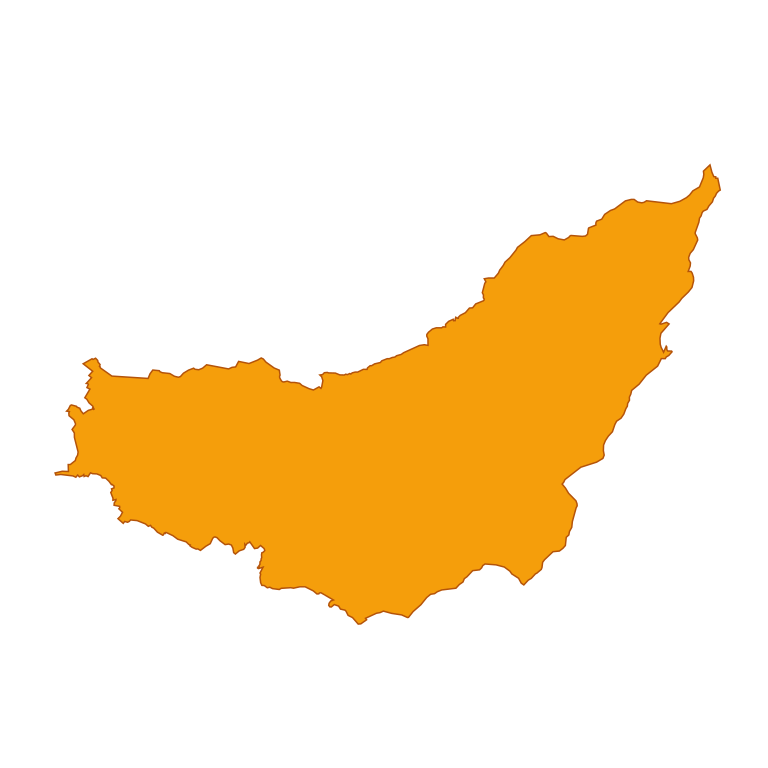 Baisoara, Cluj, Romania (Equal Earth projection), rotated 184°
{"feature_id": "2599482B38927936473335", "entity_name": "Baisoara", "entity_type": "district", "adm_level": 2, "iso_a3": "ROU", "parent_name": "Romania", "parent_adm1": "Cluj", "projection": "equal_earth", "projection_center": [23.394, 46.564], "detail": "fine", "context": "isolated", "style": "filled", "palette": "amber", "viewbox_px": 768, "rotation_deg": 184, "n_neighbors": 0, "source": "geoboundaries", "source_scale": "gbopen_adm2", "svg_char_len": 6112}
<svg xmlns="http://www.w3.org/2000/svg" viewBox="0 0 768 768"><g transform="rotate(184 384 384)"><path d="M109.9,583.9L134.9,585.1L137.2,583.4L139.5,582.7L143.6,583.2L147.4,585.6L150.2,585.4L156.0,583.5L166.2,574.7L170.2,572.9L175.7,568.6L178.3,563.6L183.3,561.3L183.9,559.4L183.7,557.3L190.5,554.1L190.9,553.5L191.4,547.6L193.3,545.7L196.5,545.1L207.9,545.2L209.2,544.3L209.8,543.2L214.2,540.3L220.4,541.0L225.5,543.1L229.8,542.6L232.6,545.9L233.7,546.3L238.8,543.7L247.4,542.3L253.4,535.9L260.4,529.6L261.6,526.9L267.2,518.8L271.8,514.0L273.3,510.6L276.5,505.7L277.6,502.6L281.4,497.4L287.2,497.0L291.3,496.0L289.5,493.0L290.5,491.5L292.3,481.9L291.0,479.8L290.9,476.9L290.0,475.9L290.0,474.8L290.7,473.9L298.1,470.3L300.9,466.2L304.1,465.7L307.8,460.8L312.7,457.8L314.7,455.5L314.5,454.7L315.6,454.6L317.0,455.6L317.5,453.9L317.4,452.2L319.0,452.0L319.5,453.4L323.9,451.0L326.7,447.8L326.5,445.2L329.2,445.1L330.4,444.1L335.8,443.7L339.6,442.2L343.2,438.8L344.7,436.5L344.7,434.8L343.3,432.2L342.8,425.6L346.5,426.0L351.3,424.9L366.6,416.6L368.9,414.7L373.4,413.1L375.1,411.6L377.7,411.0L380.5,409.6L382.5,409.5L387.8,407.0L389.1,405.2L394.8,403.4L397.6,401.4L399.1,401.3L401.6,398.9L401.9,397.4L405.6,397.2L411.2,394.0L413.5,393.9L416.5,392.9L417.8,391.6L418.8,392.1L421.2,390.8L422.9,391.1L424.2,390.2L428.7,390.0L433.3,391.5L440.1,391.2L441.4,391.6L444.3,391.1L446.0,389.1L448.6,388.5L446.7,386.9L445.2,383.1L446.0,376.5L446.6,375.2L448.6,376.6L454.0,373.1L458.4,374.1L465.6,376.8L468.2,378.8L473.4,379.3L477.0,379.0L480.7,380.1L484.1,379.0L485.5,379.2L486.6,380.0L488.5,382.9L488.7,384.6L488.3,385.6L489.4,390.5L494.7,392.3L503.3,397.6L506.1,400.5L508.3,401.4L511.8,399.0L520.1,395.0L530.6,396.4L533.2,390.7L536.8,390.0L540.1,388.2L562.3,390.8L566.1,387.1L569.8,385.3L573.6,385.5L575.0,386.5L580.0,384.2L584.8,380.8L587.6,377.2L589.6,376.4L593.6,377.1L598.4,379.5L606.0,379.8L608.3,380.6L609.1,381.6L615.6,381.8L618.1,377.9L619.7,373.1L656.0,372.9L668.1,380.3L668.5,381.6L669.0,381.7L668.6,383.6L670.8,385.9L671.3,387.6L673.5,389.6L676.0,388.2L677.0,388.8L685.5,383.2L675.5,376.4L679.0,371.9L676.2,369.9L681.0,363.8L679.6,363.7L678.9,363.0L680.1,359.7L677.0,358.4L681.5,349.4L679.4,348.1L676.9,344.6L673.1,341.7L672.4,340.5L672.8,340.2L671.5,338.8L671.9,338.4L673.1,339.1L673.5,338.4L677.1,337.1L681.9,333.3L684.5,336.1L685.8,338.6L688.6,339.5L689.2,340.3L694.3,341.3L695.4,340.7L697.1,336.7L698.7,334.8L695.9,334.5L696.4,333.0L696.0,330.4L690.9,326.7L689.0,322.9L689.0,321.6L692.0,316.9L689.5,313.6L689.1,309.1L684.4,294.8L684.7,291.6L686.1,288.7L686.6,286.1L691.3,281.8L693.4,281.6L692.7,274.7L698.9,274.5L705.9,272.3L705.0,270.3L700.2,271.2L687.9,270.6L684.9,269.5L683.2,271.8L681.4,270.1L678.3,271.5L677.2,272.7L676.7,270.8L674.9,271.7L672.8,271.0L670.6,274.9L668.4,274.2L664.3,274.3L660.2,273.0L658.5,270.7L655.1,270.7L651.5,267.7L648.9,264.6L648.4,264.9L646.2,263.4L646.1,261.5L648.5,260.4L647.8,258.8L649.0,256.7L646.4,251.1L646.3,249.1L643.3,250.1L643.4,248.9L644.8,246.6L644.8,244.2L639.2,243.5L639.0,242.0L639.8,241.0L635.9,237.8L637.7,233.7L640.0,231.1L634.4,226.8L633.1,228.8L630.1,228.2L628.5,229.2L627.3,230.7L620.7,230.5L612.2,227.8L609.2,225.6L607.0,226.7L605.7,225.0L603.7,224.2L599.7,220.4L594.2,217.7L593.6,218.0L592.7,220.0L591.9,219.6L591.2,220.7L589.6,220.2L584.0,218.0L579.0,214.8L570.3,212.7L567.5,210.3L566.0,209.9L566.3,209.1L564.1,207.7L559.9,206.2L558.2,206.5L555.5,205.2L550.3,209.8L546.2,212.6L544.2,217.9L543.3,219.1L542.0,219.7L539.9,219.1L536.7,216.2L531.3,212.7L527.8,213.5L525.0,212.7L523.3,209.7L522.2,205.3L520.4,204.0L516.7,207.5L512.4,209.3L511.2,211.3L511.6,214.4L510.7,213.4L509.2,215.7L507.5,216.3L506.9,217.2L501.7,210.8L498.6,211.5L495.9,214.3L492.1,211.5L491.3,209.5L492.6,207.9L494.1,207.1L494.3,205.1L493.9,202.3L494.4,200.8L494.3,199.4L495.3,197.9L495.2,195.3L496.1,194.0L495.8,193.0L497.3,192.4L497.3,191.6L496.4,191.1L491.9,192.8L494.5,186.8L493.8,185.7L494.2,182.4L493.2,177.2L491.8,174.6L489.4,174.6L486.2,172.6L483.7,173.3L480.9,172.1L474.1,171.7L472.3,173.0L462.8,174.3L460.0,174.0L453.9,175.8L448.5,176.2L440.1,172.7L436.3,169.9L434.4,170.1L433.9,171.0L432.4,171.4L419.4,165.0L422.0,163.8L423.5,161.4L423.7,159.3L422.5,157.9L421.0,157.9L418.2,160.5L413.8,159.3L411.7,156.4L407.2,155.7L406.1,154.8L403.7,150.7L399.1,148.8L393.0,142.7L390.4,143.1L384.9,147.6L386.1,149.0L375.5,154.8L371.9,155.7L368.8,157.4L360.3,155.7L350.3,154.9L344.3,152.7L343.3,152.9L339.1,159.0L331.8,166.4L326.5,174.0L322.8,177.5L318.9,178.4L316.3,180.5L312.0,182.6L298.0,185.3L294.9,189.2L291.4,192.0L290.3,195.4L287.8,197.5L282.5,204.0L275.7,205.3L273.8,207.4L272.8,209.8L270.6,211.5L259.6,211.4L251.2,209.8L245.4,206.1L243.2,203.4L236.2,199.6L233.2,194.9L230.5,193.3L226.4,198.4L223.5,200.4L219.6,205.3L218.5,205.8L214.2,210.0L213.6,211.9L213.3,217.2L211.6,219.9L203.7,228.5L197.4,229.6L194.1,232.5L191.8,235.5L191.5,243.8L189.1,246.3L188.7,249.8L186.7,254.1L186.5,259.9L183.7,273.9L182.8,275.9L183.1,278.0L184.4,280.9L192.2,287.8L195.7,292.8L199.3,296.6L197.9,298.5L196.8,301.3L181.9,314.7L166.4,320.9L160.4,325.1L159.4,328.4L160.5,332.8L160.7,338.4L159.2,343.0L156.6,347.6L152.8,352.3L150.9,359.6L149.4,363.1L145.2,366.4L142.7,370.6L141.0,376.3L139.7,378.8L139.6,381.6L138.0,384.9L138.3,388.0L137.1,391.1L136.5,394.9L129.5,401.6L123.0,411.1L112.3,420.9L109.1,428.7L105.2,428.9L104.3,430.7L101.9,432.3L98.9,436.2L99.4,436.9L103.3,436.7L104.3,438.1L104.5,440.7L105.1,441.4L107.3,435.2L110.1,439.9L111.2,442.9L111.9,448.9L111.3,453.9L103.8,463.8L106.4,465.2L111.9,463.0L113.1,463.3L105.6,475.1L95.4,486.3L92.9,490.2L86.8,497.0L83.5,501.8L82.3,508.5L82.7,512.0L84.3,516.1L85.6,517.7L88.4,517.5L86.8,523.0L86.7,526.2L88.6,529.3L88.9,531.6L87.7,535.7L84.8,539.6L81.1,549.5L81.6,551.6L84.1,555.8L84.1,556.9L81.2,567.3L80.8,571.5L79.4,573.8L78.6,577.2L77.5,578.8L74.0,580.7L72.3,584.3L69.1,588.6L68.2,592.3L66.6,594.6L65.6,597.4L63.7,599.8L62.1,600.9L65.4,612.5L67.4,612.4L67.5,613.8L69.5,613.9L71.7,618.2L74.1,625.3L80.2,618.6L79.6,615.5L79.9,612.0L83.0,602.6L89.4,598.2L92.3,593.9L95.3,591.0L101.6,586.9L109.9,583.9Z" fill="#f59e0b" stroke="#b45309" stroke-width="1.5"/></g></svg>